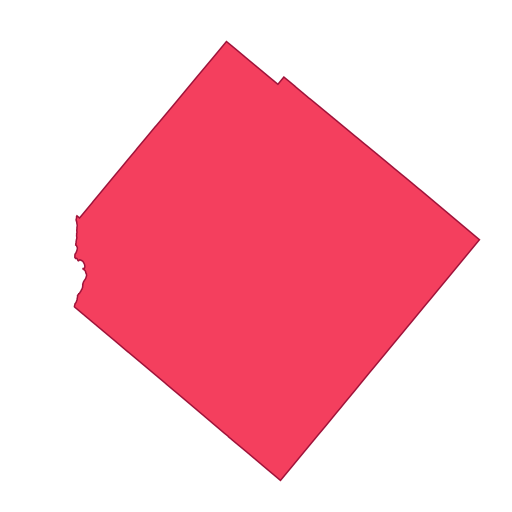 the district of Cleve, South Australia, Australia, rotated 130°
{"feature_id": "25037944B98257545318432", "entity_name": "Cleve", "entity_type": "district", "adm_level": 2, "iso_a3": "AUS", "parent_name": "Australia", "parent_adm1": "South Australia", "projection": "albers", "projection_center": [136.475, -33.66], "detail": "fine", "context": "isolated", "style": "filled", "palette": "rose", "viewbox_px": 512, "rotation_deg": 130, "n_neighbors": 0, "source": "geoboundaries", "source_scale": "gbopen_adm2", "svg_char_len": 4662}
<svg xmlns="http://www.w3.org/2000/svg" viewBox="0 0 512 512"><g transform="rotate(130 256 256)"><path d="M99.9,95.3L99.8,172.0L99.9,174.9L99.9,177.4L99.9,186.7L99.9,188.5L100.1,206.7L100.1,217.7L100.1,217.8L100.3,241.5L100.3,241.9L100.4,245.5L100.4,253.3L100.4,253.6L100.5,257.3L100.6,278.0L100.9,315.4L101.1,318.1L101.0,318.3L101.0,319.5L101.0,320.7L101.0,323.2L101.0,328.4L101.0,331.7L101.0,332.0L101.0,332.3L101.0,333.6L101.0,335.5L100.9,335.5L101.0,349.7L110.4,349.6L110.6,388.3L110.6,407.3L110.7,416.5L110.8,416.5L114.6,416.5L130.7,416.4L140.1,416.4L155.3,416.4L174.8,416.3L191.7,416.2L199.4,416.2L218.6,416.2L218.9,416.2L220.8,416.2L221.0,416.3L236.8,416.2L244.7,416.2L250.0,416.2L251.9,416.1L258.0,416.1L259.0,416.1L264.1,416.1L276.1,416.0L283.0,416.0L298.1,415.9L310.6,415.8L319.3,415.8L319.6,415.7L340.3,415.6L340.3,418.8L340.3,419.0L341.0,418.9L341.4,418.6L341.5,418.5L342.0,418.1L342.5,417.8L343.1,417.5L343.6,417.3L344.1,416.9L344.2,416.7L344.4,416.3L344.5,416.3L344.7,415.9L344.8,415.8L344.9,415.6L345.0,415.6L345.1,415.4L345.3,415.1L345.6,414.8L345.7,414.7L345.8,414.5L345.9,414.4L346.5,413.9L346.9,413.2L347.0,413.1L347.5,412.6L347.8,412.4L348.1,412.2L348.4,412.0L348.5,411.9L349.0,411.7L349.6,411.2L350.1,410.8L350.5,410.5L350.8,410.3L351.0,410.2L351.4,409.9L352.1,409.3L352.5,408.8L352.8,408.5L353.4,408.1L353.6,408.0L353.9,407.9L354.3,407.7L354.5,407.4L355.0,407.0L355.3,406.9L355.5,406.7L356.2,406.1L356.3,406.0L356.7,405.4L356.9,405.2L357.1,405.1L357.7,404.7L358.1,404.4L358.3,404.3L359.3,403.9L359.5,403.7L360.3,403.2L360.9,402.9L361.0,402.7L361.3,402.4L361.5,402.3L362.0,402.1L362.3,402.0L362.5,401.9L362.7,401.6L362.8,401.5L363.0,401.4L363.5,401.2L363.5,400.9L363.4,400.5L363.4,400.3L363.5,400.0L363.6,399.8L364.1,399.1L364.2,398.6L364.3,398.4L364.5,398.1L364.9,397.8L365.3,397.6L365.7,397.3L365.8,397.3L366.2,397.1L366.6,396.9L367.1,396.7L367.4,396.6L368.2,396.3L369.4,395.9L369.8,395.9L370.4,395.9L371.1,395.7L371.6,395.4L372.5,394.7L372.8,394.5L372.9,394.3L373.4,393.9L373.5,393.9L373.7,393.4L373.7,392.9L373.8,392.6L373.8,392.4L373.4,392.2L373.2,392.1L373.1,391.9L373.1,391.4L373.2,391.1L373.5,390.3L373.9,389.5L373.9,389.3L373.9,389.1L373.8,388.9L373.7,388.9L373.3,388.7L373.1,388.7L372.6,388.7L372.4,388.7L372.2,388.5L372.2,388.4L371.9,388.0L371.9,387.8L371.8,387.1L371.8,386.9L371.7,386.8L371.5,386.7L371.5,386.2L371.4,385.3L371.4,384.9L371.5,384.8L371.5,384.7L371.8,384.1L371.9,383.7L372.1,383.3L372.3,382.7L372.4,382.4L372.5,382.3L373.1,381.4L373.6,380.9L373.8,380.6L374.3,380.2L374.7,379.9L375.4,379.6L376.0,379.5L376.1,379.8L376.2,380.0L376.6,379.9L376.8,380.4L377.1,380.3L376.9,379.6L376.7,379.5L376.8,379.3L376.9,379.2L377.0,379.1L377.1,378.9L377.1,378.7L377.0,378.3L377.0,377.9L377.0,377.7L377.1,377.4L377.4,376.9L377.5,376.5L377.8,376.1L378.4,375.6L378.5,374.8L378.6,374.5L379.1,374.1L379.5,373.6L379.8,373.3L380.0,373.1L381.1,372.7L381.7,372.4L383.2,371.9L383.4,371.9L383.5,371.9L384.5,371.8L384.8,371.8L385.3,371.7L385.6,371.7L386.6,371.5L386.8,371.4L387.0,371.4L387.5,371.2L387.9,371.0L388.5,370.7L388.8,370.7L389.0,370.4L389.4,370.3L389.6,370.2L389.7,369.9L389.8,369.8L390.4,369.4L391.3,368.9L391.6,368.6L392.4,368.4L393.1,368.1L393.4,368.0L394.1,368.0L394.3,367.9L394.5,367.8L395.1,367.7L395.6,367.6L396.0,367.5L396.9,367.5L397.5,367.3L398.1,367.3L398.7,367.4L398.8,367.5L398.9,367.4L399.1,367.4L399.3,367.3L399.9,367.4L400.1,367.4L401.0,367.3L401.2,367.2L401.4,366.9L401.5,366.8L402.3,366.3L402.6,366.1L402.8,366.0L403.1,365.9L403.4,365.8L403.5,365.6L403.8,365.3L404.0,365.2L404.6,364.9L405.3,364.7L406.6,364.2L407.2,364.0L408.8,363.9L409.1,363.9L409.4,363.6L409.5,363.6L409.9,363.4L410.3,363.2L410.6,363.1L411.1,362.8L411.3,362.7L411.6,362.5L411.7,361.8L411.7,346.2L411.7,325.3L411.7,305.4L411.8,292.8L411.7,292.8L411.7,292.7L411.7,290.7L411.7,289.3L411.7,285.9L411.7,282.7L411.7,278.0L411.7,277.8L411.7,277.7L411.7,273.9L411.7,268.0L411.7,267.9L411.7,262.8L411.7,256.5L411.7,251.0L411.7,250.3L411.7,248.3L411.7,246.0L411.8,241.3L411.8,234.2L411.8,218.0L411.8,217.7L411.9,197.0L412.0,181.0L412.0,180.9L412.0,178.6L412.1,166.4L412.1,166.2L412.0,163.3L412.0,161.5L412.0,161.3L412.1,161.0L412.2,160.9L412.2,151.6L412.2,151.4L412.1,138.4L412.2,109.8L412.2,93.3L412.2,93.0L393.2,93.1L383.0,93.2L353.2,93.4L341.4,93.4L340.9,93.4L324.5,93.6L320.2,93.6L317.3,93.6L312.0,93.7L294.8,93.8L288.0,93.9L271.7,94.1L270.7,94.1L265.6,94.1L265.4,94.1L265.1,94.1L251.9,94.2L247.6,94.2L240.9,94.3L239.5,94.3L223.6,94.4L220.2,94.4L219.9,94.4L213.8,94.5L206.6,94.5L196.8,94.6L196.7,94.6L184.9,94.7L184.7,94.7L176.0,94.7L175.7,94.7L165.1,94.8L149.4,94.9L138.0,95.0L99.9,95.3Z" fill="#f43f5e" stroke="#9f1239" stroke-width="1.5"/></g></svg>